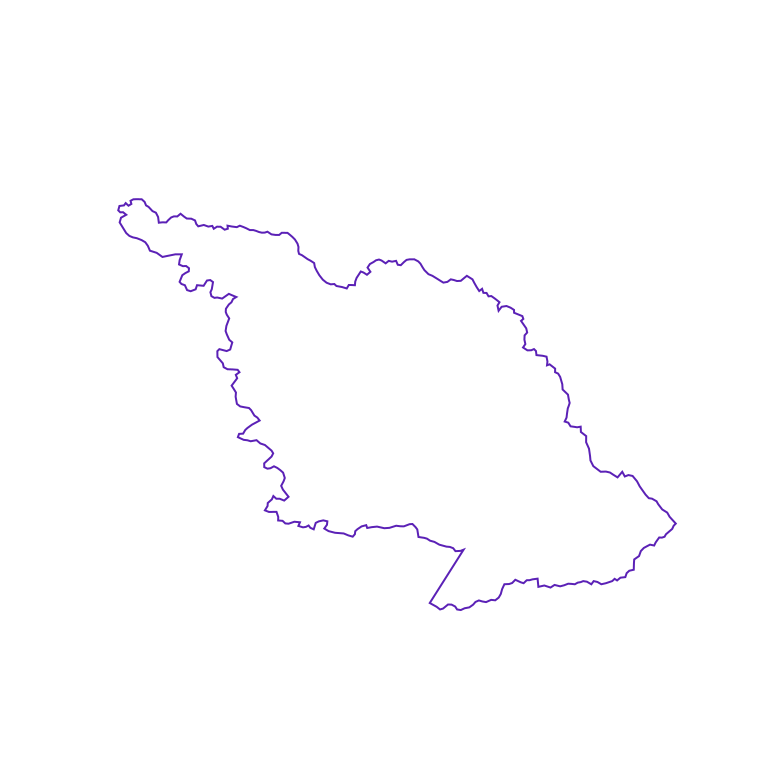 the district of Montividiu do Norte, Tocantins, Brazil, rotated 327°
{"feature_id": "56859067B39670898572312", "entity_name": "Montividiu do Norte", "entity_type": "district", "adm_level": 2, "iso_a3": "BRA", "parent_name": "Brazil", "parent_adm1": "Tocantins", "projection": "orthographic", "projection_center": [-48.752, -13.106], "detail": "fine", "context": "isolated", "style": "outline", "palette": "violet", "viewbox_px": 768, "rotation_deg": 327, "n_neighbors": 0, "source": "geoboundaries", "source_scale": "gbopen_adm2", "svg_char_len": 5601}
<svg xmlns="http://www.w3.org/2000/svg" viewBox="0 0 768 768"><g transform="rotate(327 384 384)"><path d="M259.1,90.6L255.7,93.6L256.3,96.4L258.7,97.8L260.0,101.7L254.0,101.3L250.3,104.5L250.1,112.6L250.0,117.0L251.1,121.1L253.2,124.2L256.1,127.1L259.1,131.3L261.0,135.1L261.2,139.5L260.3,144.7L264.8,150.2L267.4,156.8L270.8,158.1L279.6,161.6L285.0,165.1L280.1,168.8L277.2,172.1L279.5,175.6L282.3,177.3L283.5,180.7L281.6,183.2L278.0,182.8L274.1,182.9L268.2,187.0L268.6,189.8L270.8,192.7L270.0,198.0L272.4,200.9L277.6,202.0L281.0,199.3L286.2,203.4L291.9,200.8L294.9,202.2L296.1,205.4L291.2,210.7L288.4,212.5L287.1,216.3L288.7,219.4L291.2,220.6L294.8,224.2L303.0,223.9L304.8,226.7L307.5,230.6L303.7,230.5L300.5,232.4L297.2,232.8L292.4,234.8L290.5,237.4L289.9,240.2L289.9,244.7L283.5,249.4L280.0,253.3L279.2,256.8L278.3,262.6L279.4,266.5L276.8,268.7L273.8,271.3L270.0,270.7L264.9,265.1L262.1,265.7L259.0,270.7L260.1,278.9L258.7,282.6L260.8,286.4L264.8,289.2L269.0,292.4L269.2,295.4L264.7,295.6L264.0,299.2L255.3,302.4L255.3,306.4L255.2,310.5L252.6,313.9L249.8,320.6L251.2,324.5L254.4,327.6L257.7,330.6L258.3,333.5L258.1,339.9L259.5,343.2L259.8,346.9L255.9,346.6L251.2,346.2L245.5,346.5L242.6,347.0L238.8,348.9L235.3,346.9L232.5,349.0L235.9,354.4L238.8,356.8L241.0,359.4L246.5,361.7L247.9,366.5L250.9,370.3L253.4,378.6L253.3,381.8L250.2,383.6L240.3,385.3L238.3,388.5L240.1,391.5L242.9,392.8L246.9,393.1L248.8,396.3L250.1,399.8L251.1,403.4L249.6,408.8L246.8,410.9L242.3,413.4L241.7,417.5L242.5,426.6L236.8,427.4L234.0,423.4L231.2,421.6L230.2,417.7L227.1,419.7L221.7,420.5L219.9,422.9L215.3,425.1L217.8,428.6L224.2,432.7L222.9,437.9L220.9,440.8L224.4,443.5L225.3,447.2L227.9,449.2L233.8,450.7L238.2,454.2L234.9,456.4L238.0,460.1L240.7,461.3L243.7,461.6L243.9,464.5L245.9,467.6L251.1,463.3L254.5,463.7L258.8,465.3L261.7,468.3L259.5,471.0L255.2,472.7L257.4,477.2L261.9,482.1L268.8,487.4L271.6,491.5L274.6,495.0L277.8,494.1L279.7,491.8L282.7,491.3L287.6,491.2L292.2,492.7L291.5,495.6L295.8,497.4L300.5,499.8L305.7,505.1L310.2,507.6L317.0,509.5L320.2,512.2L323.1,514.2L329.1,515.5L331.6,516.9L332.5,521.2L332.7,524.1L329.6,531.1L333.9,534.9L335.8,537.1L337.3,540.5L340.3,543.9L342.9,548.9L347.8,554.4L350.5,556.5L352.6,559.4L352.9,563.1L357.2,565.6L360.5,566.3L303.1,592.6L306.8,599.5L308.2,603.6L311.2,604.5L317.6,603.8L320.5,605.8L322.5,609.4L322.5,612.9L325.3,615.4L329.5,616.0L333.9,617.8L338.6,617.6L342.0,616.6L345.7,617.2L348.0,619.9L350.8,622.5L356.3,623.4L359.5,626.0L363.9,625.6L367.6,623.7L371.3,620.4L375.9,617.5L380.0,619.9L383.1,620.7L387.5,619.7L390.7,624.8L392.6,627.1L396.8,626.3L399.2,627.8L402.1,628.7L406.8,630.9L404.4,635.5L403.0,638.2L408.7,640.3L412.8,645.4L417.6,645.4L421.5,649.6L425.4,650.9L429.7,651.8L432.3,653.7L435.0,655.9L438.3,656.1L441.1,657.3L443.7,657.8L446.5,660.3L448.8,664.9L452.5,663.5L455.2,666.3L457.2,670.3L461.5,671.9L468.1,673.6L471.3,673.0L472.5,675.7L476.8,675.2L481.2,677.4L484.5,674.8L488.0,674.2L492.3,675.8L496.1,670.3L498.3,667.4L504.2,667.2L508.4,664.0L512.6,663.0L516.4,663.3L519.6,663.6L522.6,666.6L525.6,664.8L531.2,662.6L533.4,664.2L536.1,664.9L538.6,663.6L546.8,662.5L549.8,660.6L552.7,660.0L551.2,650.9L551.5,646.1L549.0,640.7L548.5,634.1L548.7,630.8L546.3,626.1L543.9,624.0L543.1,619.2L542.7,609.2L543.2,603.4L542.4,596.5L539.4,593.5L535.6,592.7L536.0,587.4L529.0,589.5L526.8,584.8L525.3,581.3L522.4,578.3L517.9,575.6L514.8,566.9L515.5,560.6L517.6,556.6L520.7,549.9L521.8,542.9L525.2,537.8L523.0,531.5L525.7,526.9L522.4,525.5L520.3,523.6L517.4,521.1L517.5,516.8L515.1,513.9L518.8,511.6L521.2,508.7L524.8,504.6L527.1,502.9L529.4,501.0L530.5,497.8L532.5,493.1L530.8,485.9L533.4,481.3L535.6,474.0L535.7,470.1L533.9,467.3L535.9,464.3L533.6,457.7L530.9,457.1L533.3,454.2L535.2,449.6L532.5,446.8L527.6,442.8L529.4,439.1L528.8,436.4L525.9,435.9L522.6,433.9L520.5,429.1L524.3,427.5L525.9,423.3L528.4,419.8L532.1,418.8L533.6,414.8L533.3,405.7L536.3,405.3L537.0,402.4L531.9,395.1L533.4,392.7L531.7,388.9L529.2,385.3L524.7,383.3L520.0,385.0L521.9,380.0L525.4,378.3L523.5,372.7L521.9,368.7L519.4,367.4L519.6,363.5L517.0,361.7L518.1,357.6L514.5,357.9L514.5,353.2L514.8,348.3L515.2,344.4L513.6,341.0L512.4,338.4L509.6,338.7L504.6,339.3L501.3,337.4L499.1,334.7L497.0,332.6L492.8,332.9L489.0,331.3L487.8,328.8L486.2,325.3L483.5,319.6L481.1,316.1L479.9,310.5L479.9,307.1L480.1,302.9L479.5,299.8L477.3,295.9L473.4,293.4L470.5,292.2L467.2,292.6L462.8,293.5L460.5,291.5L461.2,287.3L457.4,285.8L455.0,283.3L451.1,283.7L449.2,279.1L447.6,276.9L444.7,275.9L441.7,276.0L437.5,275.7L433.6,277.4L433.7,282.5L429.2,283.1L427.5,279.3L425.8,277.0L418.8,280.1L415.7,282.4L413.4,285.3L411.1,283.6L408.4,281.8L404.8,283.6L401.6,279.8L397.5,275.9L396.8,273.1L393.6,271.4L391.0,267.8L389.5,263.2L389.0,257.6L389.2,252.6L389.7,248.3L391.3,244.5L389.5,240.5L387.9,237.6L386.7,234.6L385.3,231.2L383.6,228.6L384.6,225.7L386.9,222.5L387.9,219.2L388.0,214.3L387.3,210.9L386.5,208.1L385.4,204.7L380.6,201.5L377.3,201.9L374.1,199.8L371.1,197.2L369.2,192.8L366.5,192.1L364.0,190.6L361.9,188.4L360.1,185.9L358.3,183.8L355.3,181.8L353.4,178.5L351.6,175.8L349.3,172.7L346.0,172.3L342.1,169.0L339.0,166.0L337.6,168.7L334.4,167.8L332.6,163.1L329.6,161.1L325.8,161.1L326.1,157.9L322.4,156.3L319.5,152.5L314.1,150.6L313.7,147.6L314.6,143.9L312.4,140.4L308.7,137.8L307.5,134.8L306.1,130.4L301.9,130.9L299.1,129.0L296.2,128.4L292.2,129.1L289.4,129.9L286.2,127.7L283.0,126.1L285.5,120.9L286.0,116.1L284.0,112.9L283.0,107.2L281.7,104.6L282.4,100.9L281.4,97.1L276.9,94.1L274.4,92.6L271.2,92.3L270.2,95.4L266.8,95.3L265.9,91.6L263.2,92.6L259.1,90.6Z" fill="none" stroke="#5b21b6" stroke-width="2"/></g></svg>